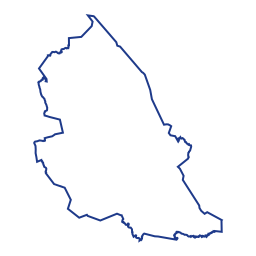 Cosalá, Sinaloa, Mexico
{"feature_id": "50627088B50408193042815", "entity_name": "Cosalá", "entity_type": "district", "adm_level": 2, "iso_a3": "MEX", "parent_name": "Mexico", "parent_adm1": "Sinaloa", "projection": "robinson", "projection_center": [-106.806, 24.52], "detail": "fine", "context": "isolated", "style": "outline", "palette": "blue", "viewbox_px": 256, "rotation_deg": 0, "n_neighbors": 0, "source": "geoboundaries", "source_scale": "gbopen_adm2", "svg_char_len": 5684}
<svg xmlns="http://www.w3.org/2000/svg" viewBox="0 0 256 256"><path d="M87.9,15.4L92.6,21.6L91.7,26.1L81.3,36.9L68.9,38.1L69.0,46.1L68.8,45.6L68.4,45.6L68.6,46.4L68.5,46.9L68.0,47.6L68.4,47.8L68.3,48.2L68.1,48.2L68.0,47.9L67.7,47.7L67.4,47.8L67.1,48.2L66.7,48.4L65.8,47.9L64.7,48.3L63.8,49.0L62.3,49.1L61.5,49.4L61.4,49.6L61.4,50.1L61.0,50.9L61.1,51.2L61.7,51.6L61.7,52.2L61.5,52.4L60.9,52.6L60.1,52.4L59.6,53.4L58.8,53.4L58.4,53.3L57.9,53.1L57.7,52.6L57.2,52.5L56.5,52.0L56.0,51.7L55.7,51.7L54.5,52.2L53.0,51.9L52.2,52.0L51.9,52.6L51.2,53.2L50.5,54.2L50.3,54.5L50.4,55.1L50.2,55.7L49.8,55.7L48.4,55.2L47.9,55.3L48.0,55.8L47.8,56.3L39.0,68.5L46.5,79.0L46.7,81.5L45.8,81.3L46.1,80.7L45.3,79.1L45.3,78.8L45.0,78.1L44.2,77.8L43.7,77.1L43.2,77.7L42.8,78.0L42.7,78.3L43.1,78.4L43.5,78.2L43.7,77.7L43.9,77.8L43.7,78.2L43.6,78.4L42.7,79.0L42.7,79.7L42.6,79.8L41.3,80.1L40.7,81.2L39.3,81.5L38.8,81.8L39.0,82.2L38.8,82.5L38.6,82.5L38.4,82.7L38.6,83.0L38.7,84.4L39.1,85.9L39.4,86.5L39.4,87.2L39.6,87.6L39.7,88.2L39.9,88.6L40.2,89.4L40.5,92.0L40.9,93.4L41.2,94.7L41.5,95.0L41.7,95.7L42.3,96.7L42.5,96.9L43.1,97.2L43.8,98.3L44.3,98.6L44.4,98.8L44.9,100.6L45.3,101.3L45.3,101.6L45.2,102.1L45.3,102.7L46.4,104.9L46.9,106.8L47.2,107.5L47.1,109.8L46.9,110.4L46.3,110.6L45.7,111.0L45.1,111.1L44.9,111.3L45.0,111.8L44.7,112.0L44.6,112.5L44.3,113.0L44.2,113.8L44.6,114.9L44.6,115.5L47.5,116.3L49.3,116.9L59.9,119.6L62.9,132.7L55.0,134.3L54.4,134.8L52.2,136.3L47.7,137.3L44.9,138.1L45.0,138.3L44.9,138.6L44.7,139.1L44.9,139.6L45.0,140.5L44.7,140.9L44.1,140.7L43.1,141.1L42.3,140.8L39.5,140.4L39.0,140.7L38.6,140.7L37.5,141.2L35.1,141.6L34.6,142.1L34.3,142.6L34.2,143.0L35.5,145.9L35.7,149.3L35.6,153.1L36.4,157.2L37.1,161.8L41.3,160.0L41.4,160.7L42.0,160.9L42.1,161.0L42.0,161.6L42.6,162.2L42.6,162.6L42.8,162.7L43.1,162.7L43.4,164.7L43.6,165.1L43.9,165.3L44.1,166.5L44.3,166.9L45.1,167.3L45.9,167.8L46.3,168.6L46.2,169.8L46.1,170.4L45.8,170.9L45.9,171.4L45.6,171.7L45.7,172.3L46.0,172.4L46.2,172.7L45.9,173.3L54.1,184.1L64.7,187.7L70.8,199.8L67.9,208.8L79.2,217.7L86.9,214.8L87.7,215.9L100.3,220.5L117.0,213.7L121.2,215.4L121.6,215.3L121.7,215.6L122.2,216.5L122.3,216.9L123.3,219.0L123.2,219.3L122.6,219.8L122.4,220.7L122.2,221.2L122.2,221.8L122.3,222.0L123.4,222.0L123.4,222.7L123.5,222.8L124.4,223.0L124.6,223.3L125.0,223.5L125.6,224.6L125.9,224.8L127.0,224.9L127.1,224.6L128.1,223.5L128.4,223.6L128.5,224.0L128.8,224.2L128.4,225.6L128.1,226.1L128.0,226.6L128.8,227.4L129.0,227.5L129.5,227.6L130.7,227.6L131.8,229.0L132.0,229.5L132.1,232.2L132.4,232.3L132.3,232.5L132.5,232.6L132.4,233.9L133.6,236.7L134.0,236.4L134.4,236.3L135.0,235.7L135.5,235.3L135.9,235.3L136.1,235.4L136.2,235.6L135.9,236.5L136.1,237.5L136.5,237.8L137.2,238.1L138.5,237.9L139.0,238.1L139.4,238.5L139.6,239.0L139.6,239.5L139.5,240.6L140.2,240.1L140.2,239.9L140.3,240.0L140.8,239.6L141.2,240.0L141.5,239.7L141.6,239.3L141.4,238.9L142.0,238.5L142.0,238.2L141.8,237.2L142.2,236.8L142.0,236.3L143.3,234.3L144.2,233.6L154.8,236.3L158.1,236.5L176.5,239.7L177.2,238.9L177.5,238.3L177.4,238.0L177.3,237.9L176.8,237.9L176.4,238.2L176.1,238.3L175.5,238.3L175.1,238.0L174.8,238.0L174.7,237.8L175.0,237.2L174.9,236.6L174.4,236.1L174.1,235.5L174.2,235.2L174.6,235.4L174.6,234.7L174.8,234.5L175.1,234.5L175.2,234.2L175.2,233.7L175.3,233.6L176.6,233.1L176.7,232.9L176.4,232.1L176.5,231.9L176.9,231.7L177.3,231.8L177.5,232.0L178.1,232.2L178.6,231.9L178.9,232.0L179.1,232.3L180.5,232.6L181.3,233.5L181.8,233.7L182.7,233.8L183.7,234.2L184.6,234.8L185.9,234.7L187.3,235.2L187.7,235.9L188.3,236.3L188.7,236.5L189.1,236.6L190.7,236.0L191.0,236.8L192.2,236.1L193.6,235.8L193.8,236.0L193.8,237.0L194.6,237.5L194.8,237.4L194.5,236.6L194.8,236.4L195.2,236.4L195.4,236.8L195.6,236.4L196.0,236.4L196.3,236.5L196.7,237.0L197.2,236.9L197.7,236.6L197.9,236.6L198.4,237.0L198.7,237.0L198.9,236.7L198.8,236.2L199.2,236.1L199.3,235.9L199.7,235.8L199.9,235.4L200.2,235.5L200.5,235.8L201.1,235.9L201.5,236.3L201.7,236.7L201.7,237.0L201.8,237.1L202.0,237.0L202.3,236.5L202.2,235.9L202.3,235.8L203.3,236.0L203.7,236.5L204.2,236.5L204.5,236.6L204.9,236.5L205.4,235.4L205.6,235.4L205.8,235.4L205.8,236.2L205.9,236.4L206.5,236.9L207.0,236.0L207.5,235.7L207.7,235.0L208.4,235.1L208.8,234.9L208.8,234.7L208.3,234.5L208.2,234.3L208.4,233.7L209.6,233.8L209.8,233.4L210.3,233.4L210.4,233.0L210.5,232.9L211.1,233.0L211.4,232.6L211.8,232.8L212.0,232.6L212.0,232.1L212.4,231.8L212.8,231.6L213.0,231.6L213.4,231.9L214.0,231.9L214.0,231.7L213.8,231.6L213.8,231.4L214.4,231.7L214.6,231.7L214.7,231.0L221.7,231.8L221.5,220.5L221.8,220.1L207.2,212.2L204.6,213.8L201.2,210.8L199.5,208.0L199.2,205.5L182.8,179.9L183.6,175.8L179.9,168.7L177.9,166.8L188.1,158.6L188.3,158.0L188.3,156.7L188.6,156.7L188.1,155.2L188.4,152.7L188.9,152.4L189.0,151.6L190.1,150.6L190.3,149.7L191.0,147.4L191.2,146.6L191.0,145.4L189.5,145.2L189.2,144.9L188.9,144.9L188.8,144.7L188.8,144.3L188.3,144.5L188.1,144.1L187.9,143.9L187.7,144.0L187.3,143.7L187.1,143.7L186.9,143.6L186.4,143.0L186.3,142.6L185.9,142.3L185.9,142.1L185.1,141.9L185.0,141.6L185.0,141.3L184.6,140.6L184.7,140.1L184.5,139.8L184.2,139.7L183.5,138.8L183.2,138.7L182.6,138.1L182.0,138.3L181.5,138.6L181.1,138.6L180.9,138.4L180.8,138.0L180.7,137.8L180.5,137.7L180.5,137.4L180.4,137.2L180.2,137.5L179.7,137.7L179.6,138.2L179.3,138.2L179.3,138.4L179.2,138.7L178.6,138.7L178.8,139.1L178.7,139.5L178.8,139.7L178.7,139.9L178.9,140.1L178.7,140.4L178.3,140.3L178.6,141.0L178.2,141.6L175.2,136.2L170.5,135.3L168.8,133.0L171.2,126.2L170.1,125.4L168.2,124.4L166.4,124.3L164.0,124.7L151.9,99.2L150.2,89.9L144.8,74.6L143.1,72.8L141.9,72.1L120.1,46.6L117.3,45.7L116.3,42.2L94.2,16.6L93.6,16.2L87.9,15.4Z" fill="none" stroke="#1e3a8a" stroke-width="2"/></svg>